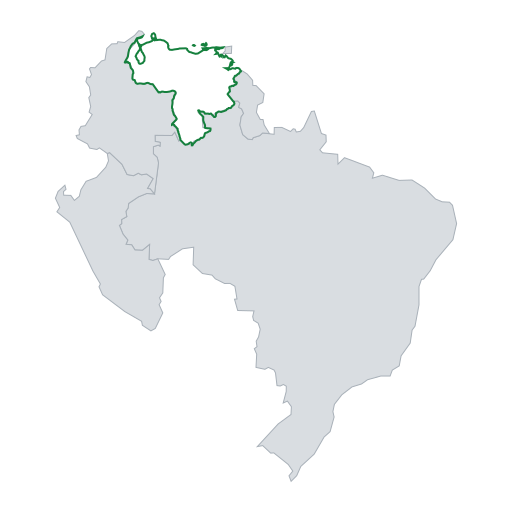 Venezuela highlighted, Robinson projection
{"feature_id": "VEN", "entity_name": "Venezuela", "entity_type": "country or territory", "adm_level": 0, "iso_a3": "VEN", "parent_name": "South America", "parent_adm1": "", "projection": "robinson", "projection_center": [-65.797, 6.433], "detail": "fine", "context": "with_neighbors", "style": "outline", "palette": "green", "viewbox_px": 512, "rotation_deg": 0, "n_neighbors": 5, "source": "natural_earth", "source_scale": "50m", "svg_char_len": 10218}
<svg xmlns="http://www.w3.org/2000/svg" viewBox="0 0 512 512"><path d="M291.1,481.3L289.0,475.8L292.8,471.1L288.3,464.5L273.8,452.9L270.7,453.1L262.7,445.6L257.3,446.6L278.2,423.9L291.0,414.5L291.4,406.7L287.4,401.1L283.2,403.0L286.2,391.6L286.3,386.2L283.4,384.5L280.2,386.0L277.0,385.6L275.5,372.9L274.0,370.0L268.3,367.4L264.9,369.3L256.0,367.4L256.7,354.2L254.3,348.7L257.0,346.7L256.2,341.2L258.6,336.9L260.2,329.2L258.2,323.2L253.6,320.4L252.7,316.6L254.0,310.9L237.7,310.5L234.5,299.2L237.0,299.0L234.9,286.3L230.0,283.4L224.6,283.5L215.3,278.8L212.0,275.1L202.4,273.5L193.1,264.8L193.7,247.2L182.5,248.8L170.5,256.5L168.6,259.4L157.8,258.8L152.9,260.5L149.0,259.4L149.6,244.5L142.5,250.3L135.0,250.0L131.7,244.8L126.0,244.3L127.8,240.1L123.0,234.1L119.4,225.4L121.7,223.6L121.6,219.5L126.8,216.6L125.9,211.4L128.1,208.0L128.7,203.4L138.5,196.8L146.7,193.5L154.5,193.9L158.5,162.9L157.2,157.4L153.4,153.8L153.4,146.7L158.3,145.1L160.0,146.1L160.3,142.4L155.2,141.4L155.1,135.3L171.9,135.5L174.8,132.1L178.8,141.0L180.5,139.8L185.2,144.9L191.9,144.3L193.6,141.3L203.5,137.4L204.5,133.3L210.6,130.5L210.2,128.5L202.9,127.6L202.0,115.0L198.2,112.4L199.8,111.5L213.0,115.2L215.5,112.9L231.3,107.8L234.4,104.0L233.3,101.3L237.8,100.9L239.8,103.1L238.7,107.4L241.6,108.9L243.6,113.4L241.2,116.8L239.9,125.1L242.7,134.6L248.0,139.1L252.2,139.6L253.2,137.7L259.8,135.6L262.6,133.0L274.1,134.3L274.3,127.5L281.8,127.4L290.5,131.5L293.2,128.8L295.1,129.2L296.3,132.0L300.4,131.3L303.7,127.6L311.4,111.5L314.3,111.0L321.4,133.5L326.0,135.1L326.2,141.8L319.8,149.8L322.5,152.8L337.7,154.3L338.0,164.1L344.5,157.7L369.6,167.1L373.8,172.8L372.4,178.2L382.4,175.2L399.1,180.4L412.0,180.0L424.6,188.1L435.5,199.0L442.1,201.8L449.5,202.2L452.5,205.3L456.6,223.6L452.9,239.7L436.0,259.7L430.2,270.7L423.7,279.1L421.5,279.3L419.0,286.5L419.0,304.8L415.0,326.2L412.1,330.1L410.2,343.1L401.1,355.8L399.2,365.9L392.3,370.1L390.1,376.0L380.9,376.0L367.6,379.7L361.5,384.0L352.0,386.9L341.9,394.7L334.4,404.3L332.9,411.6L334.1,417.0L330.1,431.6L324.1,437.0L314.2,454.1L300.8,466.4L296.7,475.7L291.1,481.3Z" fill="#d9dde1" stroke="#a8b0b8" stroke-width="1"/><path d="M154.5,193.9L146.7,193.5L138.5,196.8L128.7,203.4L128.1,208.0L125.9,211.4L126.8,216.6L121.6,219.5L121.7,223.6L119.4,225.4L123.0,234.1L127.8,240.1L126.0,244.3L131.7,244.8L135.0,250.0L142.5,250.3L149.6,244.5L149.0,259.4L152.9,260.5L157.8,258.8L165.2,274.5L163.4,277.8L162.8,292.9L159.5,297.8L161.1,301.4L159.1,304.7L162.8,312.9L155.3,328.4L150.9,330.9L142.4,325.3L141.6,321.3L124.7,311.5L102.6,294.8L99.0,286.8L100.4,284.0L93.0,271.2L69.8,222.2L56.9,211.8L59.7,207.5L55.4,198.2L58.1,191.4L64.9,185.2L66.0,189.3L63.5,191.6L63.7,195.2L70.8,195.4L74.4,200.4L79.3,196.3L80.9,189.8L86.1,181.3L96.5,177.4L105.8,167.2L108.5,160.9L107.3,153.5L109.6,152.6L122.0,164.3L127.1,174.5L133.5,175.7L138.3,173.2L141.4,174.8L146.6,174.0L153.2,178.6L147.6,188.5L150.2,188.7L154.5,193.9Z" fill="#d9dde1" stroke="#a8b0b8" stroke-width="1"/><path d="M180.5,139.8L178.8,141.0L174.8,132.1L171.9,135.5L155.1,135.3L155.2,141.4L160.3,142.4L160.0,146.1L158.3,145.1L153.4,146.7L153.4,153.8L157.2,157.4L158.5,162.9L154.5,193.9L150.2,188.7L147.6,188.5L153.2,178.6L146.6,174.0L141.4,174.8L138.3,173.2L133.5,175.7L127.1,174.5L122.0,164.3L109.6,152.6L107.3,153.5L99.4,147.9L96.9,149.5L89.6,148.1L87.5,143.9L77.3,138.5L76.1,135.5L79.4,134.8L79.0,129.9L81.0,126.4L85.3,125.7L92.2,114.5L89.1,112.1L90.7,106.5L88.8,97.6L90.7,95.0L89.4,86.8L85.9,81.6L87.1,76.8L89.8,77.5L91.5,74.6L89.5,68.9L90.6,67.5L95.0,67.8L101.5,61.0L105.0,59.9L106.8,48.5L111.7,43.9L117.1,43.7L117.8,41.7L124.5,42.5L134.6,35.4L138.8,30.7L141.8,31.3L144.1,33.9L142.4,37.2L136.9,38.8L134.7,43.7L128.8,50.1L125.3,62.8L129.8,63.4L132.7,70.0L132.7,79.6L134.8,80.4L136.8,83.8L147.8,82.9L152.8,84.1L158.9,92.5L173.4,90.9L176.5,92.6L173.0,101.1L172.3,108.1L176.8,119.6L172.4,124.5L177.8,130.1L180.5,139.8Z" fill="#d9dde1" stroke="#a8b0b8" stroke-width="1"/><path d="M269.4,133.5L262.6,133.0L259.8,135.6L253.2,137.7L252.2,139.6L248.0,139.1L242.7,134.6L239.9,125.1L241.2,116.8L243.6,113.4L241.6,108.9L238.7,107.4L239.8,103.1L237.8,100.9L233.3,101.3L227.5,93.9L229.8,91.2L229.6,86.7L237.0,83.3L234.1,79.7L234.8,76.1L241.6,70.4L247.2,74.0L252.6,80.3L252.8,85.4L256.1,85.6L264.1,93.8L262.8,102.5L257.6,105.1L256.4,112.4L260.3,119.5L263.0,119.5L264.2,125.0L269.4,133.5Z" fill="#d9dde1" stroke="#a8b0b8" stroke-width="1"/><path d="M225.0,47.1L231.7,46.1L231.4,53.4L222.7,53.6L225.2,50.9L225.0,47.1Z" fill="#d9dde1" stroke="#a8b0b8" stroke-width="1"/><path d="M239.3,68.6L240.9,71.0L241.0,71.3L240.8,71.6L239.8,72.1L239.6,72.4L239.2,73.5L238.0,74.0L237.1,74.8L236.2,75.7L235.1,75.8L234.7,76.2L234.3,77.4L233.9,77.9L233.4,78.5L233.4,78.9L234.2,80.2L234.3,80.6L234.1,81.2L234.1,81.7L234.5,82.2L235.0,82.3L235.5,82.1L236.2,82.1L236.6,82.3L236.8,82.8L236.5,83.7L236.2,84.3L234.5,85.1L233.4,86.0L232.5,85.8L232.0,85.8L231.5,86.3L230.1,86.6L229.7,86.7L229.4,87.1L229.2,87.8L229.7,89.1L229.7,89.7L229.9,91.4L229.6,91.8L229.0,92.2L228.4,93.0L227.6,94.1L227.7,94.4L233.2,101.3L233.8,101.6L234.4,103.3L234.4,103.7L234.2,104.3L233.8,104.9L233.2,105.4L231.8,106.3L231.3,107.4L231.0,107.8L230.1,108.1L228.6,108.0L227.9,108.8L226.9,109.1L226.2,110.2L224.0,111.1L221.7,111.8L221.1,112.0L218.9,111.5L218.3,111.6L217.2,112.6L216.7,112.6L216.3,112.8L216.0,113.6L215.8,116.2L215.0,117.0L214.1,117.0L213.4,116.1L212.6,115.4L211.3,113.8L210.9,113.5L210.5,113.6L209.3,114.0L208.2,113.6L205.0,113.7L204.6,113.2L204.2,112.3L203.5,111.8L203.0,111.6L200.2,111.6L199.9,111.5L199.5,110.7L199.0,110.3L198.4,110.3L198.2,110.7L199.2,112.1L199.4,112.9L200.3,114.0L202.8,116.3L203.3,117.0L203.2,119.4L203.3,120.7L204.0,122.7L204.9,124.7L205.1,125.9L205.0,126.9L204.8,127.4L204.8,127.6L205.0,127.8L205.9,128.1L207.7,128.3L208.8,128.3L210.5,128.5L210.6,129.2L210.4,130.3L210.1,131.0L209.8,131.2L208.9,131.3L208.0,132.0L206.6,132.7L205.8,132.8L205.1,133.2L204.9,133.4L204.6,134.7L204.2,136.2L203.5,137.1L202.6,137.8L201.7,137.9L201.0,137.8L200.7,138.0L199.5,139.4L198.9,139.8L198.2,139.7L197.4,140.1L196.4,140.7L195.7,141.2L195.1,142.0L194.3,142.9L193.5,143.5L192.5,145.3L191.8,145.3L191.8,144.7L192.1,143.8L191.7,143.0L191.1,142.5L190.7,142.4L190.4,142.5L189.6,142.9L188.0,144.1L187.5,144.3L185.4,144.7L185.0,144.5L184.3,144.0L180.5,140.1L180.3,139.4L180.4,138.8L180.0,137.8L179.7,136.7L179.5,136.4L179.5,135.6L178.6,133.1L178.3,132.5L178.4,132.0L178.3,131.5L178.0,131.1L177.5,129.8L177.7,129.3L177.6,128.7L176.7,127.9L176.0,127.0L175.2,126.2L174.5,125.8L174.3,125.0L174.1,124.8L173.6,124.7L172.8,124.4L172.0,124.8L172.0,124.2L172.2,123.8L175.0,120.9L176.3,119.6L176.5,119.4L176.7,118.7L175.1,116.0L174.2,115.2L173.7,114.3L173.1,112.1L172.7,111.1L172.5,110.2L172.6,109.3L172.4,108.6L172.0,108.1L172.0,106.5L172.4,103.9L172.5,102.0L172.3,100.6L172.6,99.6L173.4,98.9L173.9,97.8L174.0,96.3L174.5,95.1L175.3,94.2L175.6,93.2L175.4,92.3L175.3,91.7L174.5,91.1L173.2,90.7L172.0,90.7L171.3,91.1L169.6,91.6L166.8,92.0L164.5,92.0L162.8,91.6L161.4,91.7L160.5,92.4L159.9,92.5L159.5,92.1L159.1,92.0L158.5,92.3L155.9,88.7L152.8,84.3L152.5,84.2L151.3,84.2L150.3,84.0L149.0,83.3L148.0,82.9L147.3,82.9L146.7,83.0L144.9,83.8L143.9,83.9L143.2,83.9L141.1,83.5L139.7,83.4L137.4,83.8L136.4,83.4L135.7,82.8L134.7,80.1L133.1,79.7L132.7,79.3L132.4,78.6L132.4,77.8L132.7,74.3L133.4,73.1L133.1,71.2L132.9,70.3L130.8,67.9L129.7,63.2L129.2,62.9L128.8,63.0L128.3,62.9L127.9,61.9L127.5,61.7L126.3,62.3L125.1,62.6L124.8,62.3L124.9,62.0L126.0,59.9L127.4,57.7L127.9,56.5L128.5,52.6L129.1,49.7L130.3,47.4L130.7,46.3L132.2,44.2L132.8,43.6L134.5,42.8L136.5,38.9L137.0,38.2L140.6,37.2L142.5,36.3L142.2,36.8L141.7,37.4L141.0,37.7L137.8,38.6L137.0,39.2L137.0,40.0L137.1,40.7L138.0,42.9L138.4,43.4L139.7,44.6L139.4,44.8L138.9,44.8L139.3,46.3L140.0,47.4L140.1,48.1L139.5,50.2L138.3,51.4L137.6,52.9L136.9,53.4L135.6,56.3L136.6,58.0L136.7,58.8L137.6,60.1L138.2,60.5L138.6,61.0L138.4,61.8L138.8,62.9L139.2,63.5L139.8,63.8L140.5,63.8L142.6,63.0L143.0,62.7L143.3,62.1L144.4,60.8L144.4,59.3L144.7,57.4L144.4,56.1L143.4,54.3L142.9,53.1L141.8,51.9L141.2,49.9L140.9,49.3L140.5,46.9L141.2,46.3L141.2,45.1L142.9,44.7L146.7,42.7L149.1,42.2L151.8,41.1L152.4,40.6L152.9,39.7L153.4,39.6L154.7,40.4L155.4,40.1L155.7,39.5L155.3,38.2L154.5,38.2L152.1,38.6L151.9,38.1L151.9,37.6L151.3,36.1L152.1,34.0L152.7,33.7L153.8,33.2L154.5,33.9L155.0,34.5L155.2,35.0L155.4,36.6L155.8,38.1L156.2,39.2L156.9,40.1L157.4,40.0L157.8,39.9L160.3,39.7L161.9,40.2L163.8,40.5L165.6,41.7L167.5,43.2L167.9,44.2L168.1,45.2L168.5,45.9L168.1,46.6L168.3,47.8L168.9,48.9L169.7,49.7L172.0,49.9L174.5,49.4L178.3,48.9L179.5,48.5L185.9,48.3L187.1,48.9L187.2,49.9L189.3,52.0L191.0,52.3L192.4,52.9L193.9,53.3L195.5,53.8L196.4,53.7L197.1,53.6L197.9,53.5L203.5,50.0L206.6,50.1L207.4,49.6L206.3,49.0L203.8,48.8L203.0,49.2L202.6,48.3L203.4,48.3L206.2,48.0L209.5,48.2L212.1,47.6L213.4,47.5L214.2,47.6L216.3,47.2L220.2,47.7L223.3,47.3L222.9,47.8L221.9,48.2L220.3,48.3L219.0,49.2L216.3,49.0L214.5,49.3L215.1,49.5L215.1,50.4L215.3,50.6L215.6,50.6L216.2,51.2L216.4,51.7L216.6,52.6L216.3,53.5L215.9,53.9L216.7,53.8L217.1,53.3L217.1,52.9L217.1,52.4L217.6,52.5L217.9,52.8L218.9,55.3L219.6,56.6L219.9,56.5L220.1,56.3L220.4,55.6L220.7,56.0L221.0,56.2L220.8,55.7L221.0,54.9L221.0,54.7L221.3,54.6L221.6,54.7L222.2,54.9L223.1,55.8L223.7,56.6L223.8,57.1L224.0,57.4L224.4,57.6L224.6,58.1L224.6,57.4L224.4,56.9L224.3,56.3L225.5,56.3L225.8,55.5L226.5,56.0L228.2,58.1L228.9,58.4L230.8,58.8L232.0,59.8L232.7,60.7L232.3,61.7L231.1,62.1L230.7,62.7L230.4,63.3L230.4,63.9L230.1,64.6L229.9,65.8L229.4,66.9L228.8,68.1L225.6,68.2L227.1,69.0L228.3,70.0L229.3,69.2L230.6,69.2L232.1,68.3L232.6,68.2L235.4,68.7L236.0,68.0L236.6,67.9L238.1,68.0L239.3,68.6ZM206.4,43.5L206.7,44.7L206.6,45.0L205.8,45.8L204.7,45.9L204.3,45.7L203.8,45.1L203.3,45.3L202.0,45.1L201.7,44.9L202.1,44.2L203.3,43.9L203.6,44.3L204.2,44.7L204.9,44.7L205.1,44.1L206.0,43.1L206.4,43.5ZM231.6,65.2L230.4,65.7L230.3,64.8L230.5,64.5L231.6,63.6L231.8,63.7L231.8,63.9L232.2,64.3L232.1,64.7L231.6,65.2ZM194.8,45.6L194.3,45.9L193.4,45.6L193.0,45.3L193.3,45.0L194.0,45.0L194.6,45.4L194.8,45.6ZM232.4,62.9L231.4,63.2L231.4,62.9L231.7,62.5L232.2,62.4L232.4,62.2L232.8,62.1L233.2,62.3L232.7,62.5L232.4,62.9Z" fill="none" stroke="#15803d" stroke-width="2"/></svg>